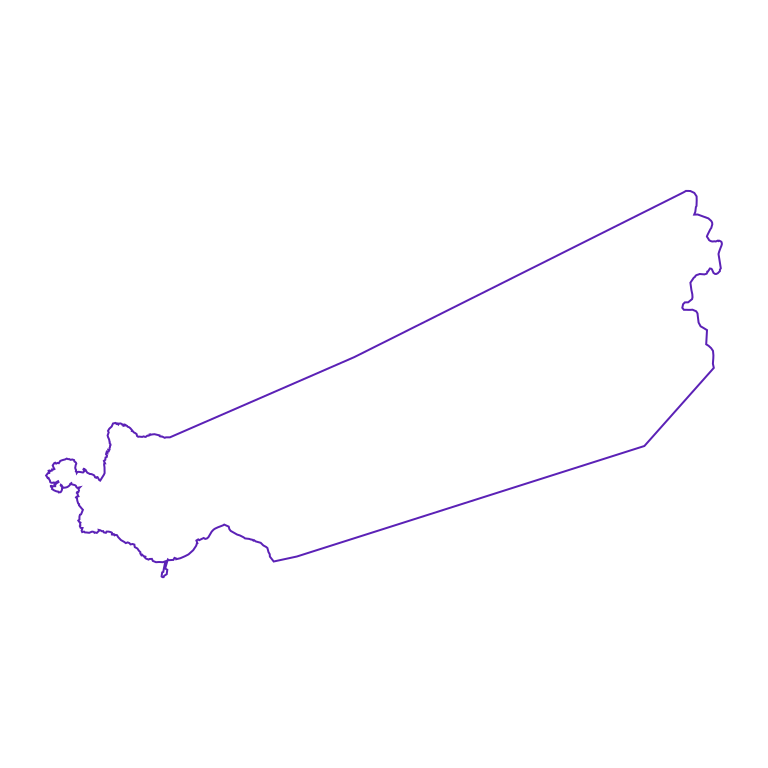 the district of Ngchemiangel, Aimeliik, Palau
{"feature_id": "81905179B62716900655722", "entity_name": "Ngchemiangel", "entity_type": "district", "adm_level": 2, "iso_a3": "PLW", "parent_name": "Palau", "parent_adm1": "Aimeliik", "projection": "natural_earth1", "projection_center": [134.478, 7.454], "detail": "fine", "context": "isolated", "style": "outline", "palette": "violet", "viewbox_px": 768, "rotation_deg": 0, "n_neighbors": 0, "source": "geoboundaries", "source_scale": "gbopen_adm2", "svg_char_len": 5523}
<svg xmlns="http://www.w3.org/2000/svg" viewBox="0 0 768 768"><path d="M170.0,437.3L166.0,437.3L164.8,437.8L161.8,436.4L161.3,436.6L159.7,436.2L159.6,435.4L154.5,434.2L152.5,434.4L151.0,434.7L150.5,434.3L149.5,434.5L149.5,435.3L148.4,435.7L147.4,435.6L145.7,436.9L144.8,436.8L143.6,436.4L142.2,436.9L140.0,436.7L138.9,436.6L138.2,436.8L137.0,435.9L136.6,434.1L135.3,433.1L134.0,432.5L133.6,432.1L132.8,431.2L131.9,431.0L132.1,430.3L130.3,428.2L129.0,427.2L127.6,426.7L127.1,425.9L126.4,425.6L125.3,425.4L124.4,425.6L125.0,424.7L124.5,424.5L123.7,424.6L122.4,424.9L121.7,423.9L121.1,423.7L120.1,423.4L118.8,423.8L118.4,424.4L117.8,423.5L117.0,424.1L116.4,423.9L116.3,423.3L115.6,422.9L113.0,423.5L111.7,426.5L109.3,428.7L108.0,430.9L108.7,432.4L107.6,435.4L108.1,437.3L108.7,438.5L109.2,439.8L109.5,441.6L109.8,442.1L109.6,442.7L109.8,443.6L110.5,444.3L110.5,445.2L110.1,445.6L110.0,447.0L109.5,448.0L109.6,449.5L109.1,450.3L108.3,450.0L108.6,451.4L107.6,451.7L107.5,452.7L106.7,451.9L106.0,454.2L107.0,455.6L106.8,456.9L105.5,457.5L105.3,459.8L104.5,460.4L103.9,460.9L105.0,463.3L104.3,463.3L104.1,464.7L104.5,467.2L104.6,473.1L103.9,474.7L100.2,480.6L99.3,480.1L98.3,478.4L97.5,477.1L96.2,477.3L96.1,477.7L95.1,477.3L94.2,475.4L92.5,474.5L91.0,474.0L89.8,474.0L89.0,473.5L87.3,472.7L86.8,472.0L86.4,471.3L85.9,470.6L85.6,469.9L84.8,469.7L84.5,469.0L83.8,468.8L83.4,469.5L84.5,471.1L83.0,472.5L80.7,472.1L78.6,471.8L77.4,472.1L76.8,472.9L76.7,471.9L76.2,471.8L75.8,471.3L76.1,470.1L75.6,469.2L75.2,467.9L75.7,465.0L76.3,463.7L76.0,462.8L75.6,462.3L74.4,461.4L74.1,460.1L72.4,459.5L70.4,459.8L69.3,459.1L68.0,459.1L66.7,458.6L65.2,459.4L62.5,460.1L60.3,460.9L58.8,463.2L57.7,462.9L56.1,463.6L55.2,462.7L54.2,463.2L52.7,465.4L53.6,467.6L54.4,469.0L53.2,469.6L52.1,469.4L51.8,470.6L51.1,470.6L50.5,471.2L49.4,470.5L48.8,470.7L49.4,471.6L48.8,471.9L49.1,473.0L47.9,473.2L46.1,475.5L47.4,477.5L47.7,478.1L48.5,477.9L49.0,479.0L50.0,480.7L50.1,481.8L50.5,482.4L51.6,482.8L52.5,482.8L53.6,482.5L54.6,482.7L56.3,482.4L57.3,481.6L58.1,481.2L58.5,482.1L56.3,483.4L55.2,484.9L54.4,484.7L54.3,485.5L55.2,485.8L55.2,486.2L53.8,486.2L53.1,486.4L52.5,486.2L51.6,485.8L50.9,485.9L50.9,486.6L52.0,487.6L52.2,488.3L52.0,489.0L54.0,490.3L56.3,491.3L58.4,491.7L58.7,492.4L60.5,492.2L61.2,491.5L62.0,489.7L62.0,488.5L62.3,487.4L61.5,486.4L60.7,485.4L60.9,484.8L61.8,485.5L62.2,486.4L63.4,487.8L65.8,487.5L67.4,487.0L68.7,486.1L69.8,485.1L70.3,483.8L71.3,483.2L71.5,484.2L72.1,484.4L74.4,485.0L75.4,485.4L76.0,486.0L76.2,486.8L77.3,487.9L79.0,487.5L79.9,487.3L78.6,488.7L78.6,489.5L79.0,490.4L78.4,492.0L77.3,492.0L76.8,492.9L77.6,493.8L77.8,495.1L78.4,496.3L76.5,496.8L76.0,497.5L77.0,498.4L77.3,500.7L78.2,503.5L79.1,504.1L79.0,505.3L81.8,508.6L82.9,509.8L81.1,514.3L80.0,514.7L79.5,516.3L79.4,518.2L79.5,519.3L79.1,519.9L78.3,520.5L79.0,521.7L80.5,522.6L80.0,523.9L80.4,525.1L79.8,526.0L80.6,527.8L82.5,528.0L81.6,530.6L82.2,532.1L84.0,531.6L84.9,532.4L86.7,532.5L89.2,532.8L92.1,531.6L93.8,531.9L94.5,532.8L95.4,532.5L96.8,532.9L97.6,532.1L98.9,530.9L98.7,529.9L100.3,530.3L102.1,531.3L103.1,531.1L103.9,532.4L105.9,532.8L106.6,531.6L108.6,531.6L110.7,532.1L111.9,532.7L111.9,534.5L112.8,534.6L113.0,534.0L114.2,534.3L114.6,535.3L115.8,534.9L117.0,535.2L118.2,537.2L121.0,540.1L124.2,541.9L125.8,543.1L127.7,542.4L129.4,543.1L130.5,544.4L132.6,544.0L134.4,544.6L134.5,545.6L134.8,547.1L137.4,548.5L138.8,550.6L140.4,552.2L140.3,553.5L141.4,555.2L142.0,554.6L143.6,556.1L145.2,556.6L144.7,557.3L146.0,558.6L148.6,559.6L149.4,559.0L151.9,558.9L152.8,560.9L156.0,562.2L159.0,562.0L162.9,562.2L165.4,561.3L163.8,568.9L163.3,571.9L162.2,572.4L161.8,574.8L161.6,576.5L162.4,577.1L163.6,577.1L164.2,575.8L166.7,574.2L167.3,569.8L165.2,568.5L167.3,561.1L167.9,559.5L168.7,560.2L171.8,560.0L173.4,559.9L174.5,557.9L176.1,558.5L176.2,559.2L180.4,558.2L185.0,556.2L188.5,554.4L193.2,550.2L196.2,545.7L196.8,543.6L197.4,543.3L196.4,540.5L198.2,539.4L199.2,540.2L202.0,538.8L203.7,538.0L205.2,538.9L206.9,538.5L208.4,537.2L211.7,531.6L213.6,529.6L215.1,528.6L217.9,527.3L220.3,526.4L223.1,525.3L224.2,524.6L228.7,526.6L229.4,529.2L230.7,530.9L237.2,534.6L239.8,535.4L243.6,537.3L245.0,538.4L249.2,538.9L250.9,539.5L251.8,539.5L253.4,540.6L253.9,540.1L255.7,541.4L260.7,542.8L263.3,545.4L266.2,547.0L267.4,548.0L268.5,552.1L269.7,554.2L269.9,556.6L273.7,561.5L296.9,556.5L644.4,446.0L713.8,367.9L712.9,363.7L713.3,358.3L713.4,355.3L713.0,350.9L711.1,348.1L708.6,345.8L706.2,344.3L707.0,330.1L703.4,327.9L700.6,326.3L698.6,322.6L697.8,316.2L697.5,313.4L696.2,311.3L692.5,309.7L689.9,309.9L686.2,309.8L683.9,309.8L682.3,307.8L683.1,304.2L684.8,302.4L688.2,302.3L690.0,300.8L692.1,299.1L692.5,297.2L692.3,294.2L691.4,290.0L690.4,282.7L693.7,277.8L695.0,276.8L695.7,275.6L697.0,274.9L698.4,274.5L699.7,274.0L704.4,274.4L706.6,273.7L707.4,272.3L707.3,271.6L708.1,271.3L709.9,268.5L711.1,268.7L711.9,269.3L713.5,272.9L715.0,273.9L716.1,274.0L717.7,273.3L719.9,271.1L719.9,269.7L720.8,268.3L719.4,259.5L718.5,254.0L719.1,251.8L719.7,250.1L720.6,247.7L721.4,245.8L721.9,244.0L721.6,242.2L720.8,241.4L719.2,240.7L718.4,241.1L717.9,240.6L717.1,240.9L715.8,241.5L714.8,241.3L712.2,241.5L710.5,241.0L709.1,240.1L708.3,238.7L706.9,236.6L707.2,235.6L708.0,233.9L709.2,231.5L710.3,229.3L711.3,227.9L711.6,226.7L712.3,224.3L712.1,222.5L711.2,220.9L708.4,218.4L697.7,214.5L694.2,214.6L695.3,211.8L695.9,207.0L696.5,206.0L696.7,200.3L696.6,196.4L694.3,192.9L690.3,191.0L686.0,190.9L683.6,192.3L354.3,357.1L170.0,437.3Z" fill="none" stroke="#5b21b6" stroke-width="2"/></svg>